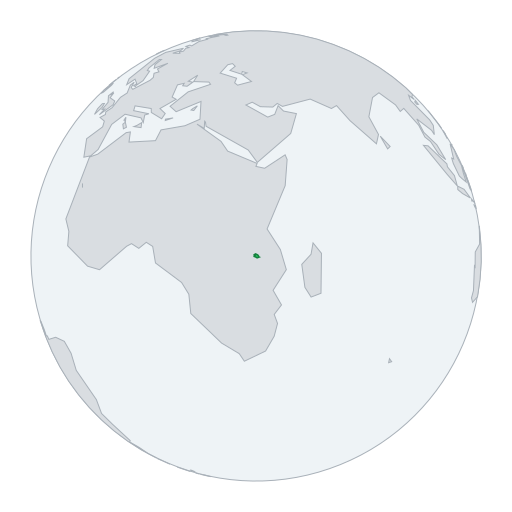 the Earth from above Karonga, rotated 338°
{"feature_id": "MWI-1194", "entity_name": "Karonga", "entity_type": "District", "adm_level": 1, "iso_a3": "MWI", "parent_name": "Malawi", "parent_adm1": "", "projection": "orthographic", "projection_center": [33.981, -10.031], "detail": "fine", "context": "on_globe", "style": "filled", "palette": "green", "viewbox_px": 512, "rotation_deg": 338, "n_neighbors": 0, "source": "natural_earth", "source_scale": "10m", "svg_char_len": 6386}
<svg xmlns="http://www.w3.org/2000/svg" viewBox="0 0 512 512"><g transform="rotate(338 256 256)"><circle cx="256" cy="256" r="225" fill="#eef3f6" stroke="#a8b0b8"/><path d="M31.7,234.7L32.1,236.5L32.1,245.1L31.7,251.5L32.6,251.9L32.7,255.7L39.8,256.3L46.3,263.3L48.1,276.9L46.5,294.7L54.2,329.4L53.8,344.2L59.9,358.2L70.2,380.1L69.2,381.1L75.9,389.6L80.5,396.5L81.6,398.5L87.2,405.1L88.2,406.3L77.4,393.3L67.6,379.5L58.9,365.0L51.3,350.0L44.8,334.4L39.5,318.3L35.4,301.9L32.6,285.3L31.1,268.4L30.8,251.5L31.7,234.7ZM88.6,406.8L91.5,409.8L98.2,416.8L88.6,406.8ZM103.9,422.2L107.9,425.7L114.4,431.2L103.9,422.2ZM118.7,434.6L121.5,436.7L121.9,437.0L118.7,434.6ZM125.2,439.4L122.6,437.5L127.4,440.6L131.6,443.7L129.9,442.7L125.2,439.4ZM117.4,432.6L114.7,429.7L116.0,430.5L118.2,432.7L117.4,432.6ZM458.0,156.2L461.6,165.0L460.2,166.7L461.4,170.3L457.7,164.2L457.5,169.6L468.0,194.8L469.3,201.3L466.8,210.3L465.9,205.3L456.4,189.1L457.9,204.2L465.3,220.6L468.0,237.7L463.8,230.3L460.7,215.2L457.2,209.1L455.8,195.6L448.3,174.5L443.9,176.0L442.0,168.2L431.1,150.7L423.4,152.7L412.8,169.2L415.1,189.2L409.7,197.1L393.9,165.8L387.0,146.7L381.2,147.5L365.0,130.8L336.6,127.2L332.8,122.5L327.4,124.2L316.0,119.2L310.1,112.0L303.2,112.2L318.9,131.6L326.4,131.7L332.8,124.9L335.8,131.9L346.8,139.1L334.1,155.4L292.3,169.7L288.5,154.8L258.3,117.0L259.3,113.1L259.2,112.6L258.9,111.8L255.8,118.3L250.7,111.6L266.5,136.6L269.0,148.1L291.7,170.6L289.5,172.9L296.9,177.9L320.9,173.1L321.0,178.2L309.4,201.7L276.4,235.1L281.0,259.1L279.0,280.0L259.0,294.2L261.3,310.9L251.0,317.0L250.7,326.6L242.8,337.2L229.3,347.7L205.8,349.2L203.9,340.3L191.5,323.9L174.0,284.9L179.4,266.3L177.1,252.7L160.2,224.8L163.8,208.4L159.4,202.2L150.2,205.0L145.2,197.9L139.7,198.5L105.8,210.1L96.0,202.3L85.2,176.0L91.7,163.1L93.6,150.4L138.7,101.9L147.4,102.3L181.8,93.0L186.0,93.9L180.9,102.8L206.0,111.4L215.2,103.5L238.9,108.6L255.3,108.2L262.9,92.1L236.0,92.3L232.4,85.0L254.6,78.4L278.2,79.8L277.5,77.1L263.5,70.9L269.7,66.5L258.7,68.6L262.5,71.2L255.7,72.8L251.8,70.7L254.1,69.0L247.3,67.9L237.8,77.2L240.7,80.8L222.2,83.3L225.2,89.9L219.9,93.4L212.7,83.7L214.1,80.0L200.1,71.5L197.0,75.4L210.0,84.0L205.6,83.6L201.5,90.0L201.1,84.8L187.7,75.5L171.5,79.9L149.5,98.1L140.3,101.2L133.4,99.9L142.9,83.8L162.2,78.8L165.9,74.1L163.3,69.1L169.4,68.4L170.7,66.1L178.1,64.6L189.8,58.1L197.6,56.6L203.5,50.5L208.2,49.2L203.4,53.0L204.2,55.3L223.6,53.4L227.7,52.0L229.9,48.4L235.0,48.9L234.7,45.7L246.5,44.3L231.9,43.8L234.1,40.7L241.9,38.4L240.0,37.6L227.3,41.5L224.7,43.3L226.6,44.8L217.0,51.1L210.0,52.7L210.1,46.7L200.3,48.7L204.7,44.1L236.1,34.7L248.6,33.4L266.6,36.2L263.0,37.4L254.8,36.8L261.3,39.6L261.3,38.2L265.5,38.9L268.7,37.1L271.8,37.6L269.5,35.4L273.7,35.7L275.1,37.1L283.4,35.8L292.5,36.9L292.9,36.4L290.7,35.7L303.6,38.1L303.3,37.7L299.0,36.7L295.6,35.5L294.6,34.5L299.1,35.4L300.1,35.9L308.9,38.6L310.8,40.3L312.6,40.7L312.0,39.5L301.2,36.0L299.3,35.3L305.1,36.7L302.8,36.1L303.3,36.0L308.0,37.0L302.0,35.5L301.9,35.5L318.4,39.5L334.6,44.9L350.3,51.4L365.5,59.1L380.0,67.9L393.9,77.8L406.9,88.8L419.1,100.6L430.4,113.4L440.7,127.0L449.9,141.3L458.0,156.2ZM122.3,123.7L120.8,127.4L120.8,127.5L122.3,123.7ZM302.9,90.7L317.2,92.5L311.3,82.8L316.3,82.9L312.4,79.8L310.8,82.1L301.4,74.2L307.8,72.3L306.3,68.8L301.4,68.1L291.3,73.0L304.6,83.9L301.1,87.4L302.9,90.7ZM170.6,57.2L172.6,57.8L169.1,60.5L159.3,64.2L164.3,60.1L170.6,57.2ZM176.4,58.1L179.2,52.2L185.5,50.3L181.5,52.2L185.3,51.5L180.0,54.6L183.1,59.4L180.2,62.2L163.7,66.3L170.7,63.1L168.2,62.5L176.4,58.1ZM175.5,46.4L176.8,45.4L188.6,42.2L186.0,43.6L176.1,46.9L173.3,47.2L175.5,46.4ZM198.9,38.1L198.7,38.1L198.9,38.1ZM196.4,38.8L194.4,39.4L194.2,39.4L196.4,38.8ZM190.3,40.5L189.8,40.7L192.3,40.0L183.5,42.7L190.3,40.5ZM191.3,90.3L194.6,90.3L200.0,89.5L197.5,93.9L191.3,90.3ZM181.9,83.9L185.0,83.0L184.1,88.1L180.7,88.4L181.9,83.9ZM187.4,78.6L185.2,82.6L184.4,80.6L187.4,78.6ZM206.3,52.3L209.7,51.5L209.8,52.3L207.6,53.7L206.3,52.3ZM245.5,31.0L246.7,30.9L241.1,31.4L239.0,31.5L240.2,31.4L239.9,31.3L245.5,31.0ZM257.9,94.8L252.8,97.8L250.5,96.3L252.7,95.6L257.9,94.8ZM223.3,95.2L230.9,96.9L222.6,96.4L223.3,95.2ZM246.2,31.1L245.6,31.0L248.4,31.0L246.2,31.1ZM341.3,401.2L342.2,404.8L339.0,404.6L341.3,401.2ZM317.7,278.0L302.3,314.9L291.7,314.7L289.6,303.4L295.3,280.9L307.7,275.0L313.8,265.2L317.7,278.0ZM477.3,289.5L477.5,292.2L477.3,293.2L477.3,289.5ZM477.2,284.0L477.9,286.3L476.7,285.9L477.2,284.0ZM478.1,287.2L478.7,287.3L479.0,286.5L478.7,288.5L478.1,287.2ZM476.6,282.7L470.9,275.5L468.0,270.0L469.2,266.8L473.9,272.1L476.6,282.7ZM468.9,266.5L463.8,251.8L452.7,216.1L456.8,218.3L467.5,242.1L466.9,245.0L470.1,255.8L468.9,266.5ZM479.3,256.7L478.6,266.2L476.0,261.4L474.5,258.0L473.6,244.2L474.1,238.5L475.6,240.1L478.0,224.6L479.5,231.8L479.4,238.9L480.4,249.1L479.3,256.7ZM416.1,191.4L421.4,204.7L418.2,206.0L416.1,191.4ZM476.8,212.5L477.3,219.1L476.2,209.3L476.8,212.5ZM474.9,202.6L475.9,207.3L474.6,201.9L474.9,202.6ZM463.4,176.2L462.0,175.7L460.9,172.6L462.0,171.4L463.4,176.2ZM286.1,32.8L281.3,32.8L280.9,33.5L285.7,34.7L276.9,33.4L277.4,32.3L286.1,32.8ZM446.2,376.7L439.4,380.1L440.1,375.6L444.7,369.5L454.8,347.1L455.0,348.3L460.8,334.4L467.8,328.7L474.3,311.7L474.0,312.9L468.9,329.6L462.6,345.9L455.0,361.6L446.2,376.7ZM478.3,292.6L477.7,295.1L478.6,290.7L478.3,292.6ZM481.2,251.7L480.8,252.5L480.9,259.4L481.3,257.9L480.9,261.7L480.5,273.6L480.1,276.9L480.7,264.1L479.8,275.0L479.6,273.7L480.1,263.3L480.7,252.6L480.9,248.8L481.2,250.5L481.2,251.7ZM479.3,226.3L479.4,226.8L479.2,225.3L479.3,226.3ZM477.4,214.2L477.4,214.5L476.6,210.3L477.4,214.2ZM474.8,202.5L474.3,200.6L470.0,185.7L474.8,202.5Z" fill="#d9dde1" stroke="#a8b0b8" stroke-width="1"/><path d="M256.1,253.8L256.3,253.9L256.4,254.0L256.5,254.0L256.7,254.3L256.8,254.3L257.2,254.7L257.3,254.8L257.4,255.0L257.5,255.1L257.9,255.7L258.0,255.7L258.1,255.9L258.1,256.0L258.1,256.3L258.3,256.7L258.3,256.9L258.3,257.0L258.3,257.5L258.4,257.8L258.3,258.0L258.5,258.2L256.8,258.2L256.7,258.2L256.4,258.1L255.9,257.7L255.0,256.3L254.9,256.2L254.7,256.1L254.4,256.0L254.3,255.9L254.2,255.9L254.1,255.7L254.4,255.5L254.4,255.4L254.5,255.4L254.6,255.2L254.8,255.1L254.9,254.9L254.8,254.7L254.7,254.3L254.8,254.3L255.0,254.2L255.2,254.3L255.3,254.5L255.6,254.6L255.7,254.8L255.8,254.7L255.9,254.4L255.9,254.1L256.0,253.9L256.1,253.8Z" fill="#22c55e" stroke="#15803d" stroke-width="1.5"/></g></svg>